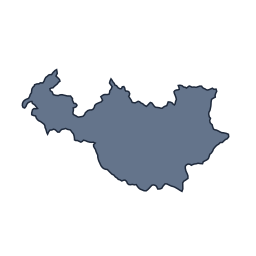 Machado, Minas Gerais, Brazil (Robinson projection), rotated 164°
{"feature_id": "56859067B17778332450588", "entity_name": "Machado", "entity_type": "district", "adm_level": 2, "iso_a3": "BRA", "parent_name": "Brazil", "parent_adm1": "Minas Gerais", "projection": "robinson", "projection_center": [-45.896, -21.677], "detail": "fine", "context": "isolated", "style": "filled", "palette": "slate", "viewbox_px": 256, "rotation_deg": 164, "n_neighbors": 0, "source": "geoboundaries", "source_scale": "gbopen_adm2", "svg_char_len": 4640}
<svg xmlns="http://www.w3.org/2000/svg" viewBox="0 0 256 256"><g transform="rotate(164 128 128)"><path d="M93.6,52.2L92.1,54.3L91.5,56.5L91.1,58.0L90.5,60.3L88.8,61.6L87.1,62.0L85.9,62.5L84.3,63.0L83.6,65.4L83.7,67.5L84.0,69.3L84.2,70.9L84.0,73.7L83.4,75.5L81.9,76.5L80.2,76.8L78.4,76.0L77.4,74.7L76.0,75.0L74.0,75.1L72.4,74.8L70.4,74.8L68.4,73.9L66.2,73.1L65.0,74.8L63.3,75.2L61.1,75.6L59.2,76.4L57.9,78.2L56.6,80.2L54.8,81.0L53.0,82.5L51.5,84.4L49.9,85.5L48.8,86.2L47.2,87.0L45.3,87.5L43.3,88.6L41.3,88.1L39.3,89.2L37.4,90.1L35.6,90.3L33.6,91.8L33.2,94.3L35.1,95.8L36.5,96.5L37.8,97.2L39.2,97.7L40.4,98.7L41.8,100.1L43.5,101.6L44.9,102.3L46.1,103.3L46.3,105.8L46.2,107.9L47.0,109.2L47.6,110.5L47.4,112.7L46.0,114.6L46.8,116.3L46.6,119.1L45.9,120.8L44.4,122.3L43.3,124.3L42.4,126.1L41.8,127.6L41.0,130.0L39.8,132.5L37.7,133.2L35.6,133.6L35.3,135.3L34.2,137.1L32.6,138.8L32.6,141.1L34.9,141.6L35.9,143.0L38.8,142.6L40.8,142.5L42.2,143.2L43.3,144.5L44.4,145.3L45.3,146.5L45.7,147.9L47.4,148.5L49.4,148.4L51.3,148.3L53.2,149.2L55.3,149.6L56.4,150.7L57.6,151.5L59.2,150.9L60.8,150.3L61.8,151.4L63.3,152.1L64.4,153.8L66.3,154.8L68.0,155.0L67.8,152.6L68.1,151.0L69.6,150.9L71.0,151.2L72.6,151.0L73.8,150.2L73.9,148.4L73.7,146.9L73.5,144.4L73.6,142.1L74.5,141.0L75.3,139.8L76.0,138.3L77.1,137.4L78.0,138.5L78.7,140.0L80.3,141.3L82.2,142.0L83.2,140.6L84.6,138.8L86.6,138.7L88.2,138.3L89.5,137.6L90.9,137.9L92.4,138.9L94.2,139.7L95.8,140.3L96.7,141.5L97.4,143.4L98.2,145.5L99.5,146.4L101.0,145.6L102.4,144.7L104.4,143.7L106.0,145.4L107.2,147.3L108.5,148.3L109.6,150.0L110.9,150.9L112.5,150.5L114.3,150.2L116.9,151.4L117.3,154.1L118.0,156.2L118.6,158.3L117.6,159.2L116.9,160.6L117.3,162.8L118.5,163.6L119.9,164.1L120.4,165.7L120.1,167.2L120.6,169.0L122.1,169.2L123.4,167.7L124.8,167.9L126.3,169.2L127.4,171.9L128.7,172.8L128.9,174.6L129.8,176.5L130.2,178.3L130.8,179.9L132.2,178.3L133.4,176.3L132.6,174.1L131.9,172.2L133.3,170.2L135.3,168.7L136.0,167.0L137.0,165.7L138.9,165.9L140.4,166.4L141.8,166.7L143.4,166.4L145.5,165.6L145.1,163.6L144.8,161.7L146.6,160.5L148.8,160.3L150.5,160.1L152.1,159.8L153.7,158.9L154.8,157.0L156.4,155.7L157.9,155.4L159.9,155.9L161.9,155.8L163.4,155.1L164.8,154.4L166.0,152.9L167.8,151.7L169.1,151.7L170.8,151.9L172.6,152.1L173.7,152.9L174.7,154.1L175.9,155.1L176.9,156.3L176.7,158.0L175.5,160.3L175.1,162.4L173.4,162.4L171.8,162.8L170.7,164.0L171.5,165.9L173.2,166.6L173.8,170.0L173.2,171.7L173.8,173.0L174.4,174.6L176.1,175.1L177.7,175.6L179.0,176.4L180.3,177.1L182.2,178.2L184.2,178.6L186.1,178.4L188.5,179.3L190.6,180.7L191.0,183.7L192.4,185.3L192.3,187.2L190.6,187.6L189.0,187.3L187.4,188.3L185.8,189.0L183.9,189.8L182.1,191.2L180.5,191.7L180.5,193.4L181.2,194.9L182.1,196.4L182.9,197.8L182.0,198.9L181.0,199.9L180.7,201.7L180.5,203.8L182.2,203.4L184.3,202.3L185.6,201.4L186.7,200.4L188.1,200.8L189.7,200.8L191.2,200.0L193.1,199.3L194.7,197.7L195.7,196.2L197.5,194.8L199.9,195.6L201.4,195.0L203.3,195.5L205.9,195.3L206.7,194.1L208.2,193.4L209.6,192.0L210.4,190.3L211.1,188.5L212.7,187.2L213.9,185.4L215.4,183.9L218.2,183.6L219.7,183.2L221.2,182.4L222.6,180.8L223.4,178.7L223.2,176.7L221.8,175.7L220.1,176.9L218.8,178.6L217.2,179.8L215.8,180.1L214.5,180.3L213.1,180.0L213.1,178.0L211.9,176.7L211.0,175.4L210.5,173.9L209.6,171.7L211.4,171.9L212.9,172.6L214.7,171.9L215.5,170.6L216.4,169.1L216.9,167.3L215.6,166.2L213.5,165.0L213.4,162.8L212.7,160.9L211.8,159.6L210.3,158.3L208.8,156.4L207.5,154.5L207.3,152.9L207.6,151.3L207.3,149.6L207.3,147.9L207.3,145.8L207.0,144.2L205.3,146.2L203.6,147.5L201.8,147.1L200.0,147.4L198.5,146.5L197.7,145.2L196.7,143.4L195.0,143.0L194.0,143.9L192.2,144.9L189.7,144.7L188.0,144.7L186.6,143.4L185.4,142.8L183.9,142.0L183.0,139.4L182.1,137.5L182.0,135.3L182.3,132.9L182.7,131.3L181.6,130.3L180.2,130.0L179.0,129.0L177.2,127.4L175.5,127.8L174.2,128.6L172.3,127.5L170.8,126.2L168.8,125.0L167.2,124.3L165.3,123.9L163.7,122.6L165.7,121.5L166.1,119.8L165.8,118.2L165.2,116.3L165.2,114.4L165.0,112.7L164.6,110.4L165.1,108.0L165.2,106.1L165.1,104.0L164.8,102.3L164.6,100.7L164.3,99.0L163.4,96.8L162.1,95.3L160.7,94.4L159.3,93.8L158.2,91.7L157.1,89.7L156.2,88.1L154.6,86.7L153.6,84.4L152.4,83.1L151.5,81.3L149.9,80.3L148.6,78.8L146.8,79.0L145.3,78.8L144.1,77.1L143.8,74.8L142.8,73.4L141.3,72.8L139.4,72.6L137.5,71.6L135.6,71.3L135.1,69.4L134.3,67.5L133.2,65.9L131.5,64.6L129.9,63.3L127.9,62.6L126.0,63.3L124.2,64.3L122.3,65.5L120.8,66.4L119.2,66.3L117.7,65.4L116.7,64.1L116.2,61.1L114.0,60.6L112.1,60.8L110.7,62.2L109.4,63.1L107.7,64.1L106.0,63.5L104.6,62.2L102.4,60.3L100.6,59.2L99.5,58.4L98.0,56.9L96.6,55.4L95.3,53.9L93.6,52.2Z" fill="#64748b" stroke="#1e293b" stroke-width="1.5"/></g></svg>